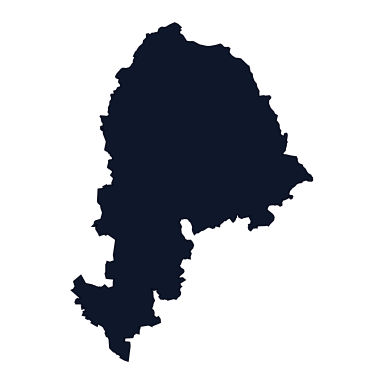 outline of Sucre, Sucre, Colombia
{"feature_id": "7082276B5425640174100", "entity_name": "Sucre", "entity_type": "district", "adm_level": 2, "iso_a3": "COL", "parent_name": "Colombia", "parent_adm1": "Sucre", "projection": "mercator", "projection_center": [-74.732, 8.783], "detail": "fine", "context": "isolated", "style": "filled", "palette": "ink", "viewbox_px": 384, "rotation_deg": 0, "n_neighbors": 0, "source": "geoboundaries", "source_scale": "gbopen_adm2", "svg_char_len": 5981}
<svg xmlns="http://www.w3.org/2000/svg" viewBox="0 0 384 384"><path d="M296.3,157.0L290.4,156.1L285.9,155.0L284.1,155.0L282.7,154.2L282.7,152.9L285.2,150.2L285.1,149.0L286.1,145.7L286.2,143.5L287.0,141.9L286.2,140.8L287.0,135.8L287.0,134.2L286.3,133.4L284.8,133.8L284.3,135.7L283.6,136.3L281.9,135.8L280.4,134.5L280.2,133.0L280.6,130.9L279.1,128.6L278.9,124.7L277.7,122.6L275.9,120.5L277.1,115.6L274.4,114.1L273.6,112.1L270.1,108.2L268.3,103.7L268.4,100.2L270.1,98.4L270.6,97.3L269.3,95.9L265.6,96.4L263.7,95.9L258.8,96.6L258.6,93.3L258.8,91.1L256.6,87.2L256.0,83.8L253.9,81.3L252.3,77.0L252.1,74.2L249.8,71.8L248.9,66.5L246.8,65.0L240.6,59.0L235.2,58.3L231.4,55.8L229.1,52.9L229.0,51.1L229.7,48.6L229.0,48.0L228.3,47.6L225.5,47.8L223.6,47.3L221.8,45.2L220.3,44.3L216.0,45.6L210.0,46.7L206.8,46.7L199.5,45.1L193.2,41.8L188.9,41.9L186.5,41.5L182.7,35.5L179.3,33.5L179.6,30.9L180.8,30.1L179.8,29.4L179.8,28.2L180.9,27.4L177.9,24.5L174.7,23.0L170.1,25.0L165.9,27.5L164.1,27.7L161.8,27.4L160.4,28.0L158.9,29.3L158.7,30.7L157.4,33.2L155.8,32.7L154.0,33.4L152.1,33.4L151.4,33.8L150.6,35.3L148.2,33.9L146.6,34.3L146.8,37.8L143.8,40.6L143.2,43.8L139.6,46.8L137.5,49.8L137.1,51.0L135.8,51.9L133.7,56.2L135.7,57.0L134.9,57.5L133.7,60.2L133.5,61.6L134.0,62.4L133.8,62.8L132.7,63.7L131.0,66.4L129.2,68.0L125.9,68.8L122.9,68.4L121.4,69.2L117.4,73.7L115.8,76.4L116.1,77.4L117.1,78.1L119.4,78.4L118.8,82.1L120.7,84.5L120.9,86.1L120.6,86.9L117.8,87.8L116.3,90.6L114.0,91.2L114.4,93.2L114.2,94.5L111.5,94.4L110.9,95.0L111.7,97.4L111.7,99.7L111.5,100.4L110.9,100.5L110.1,101.7L110.0,104.8L108.6,107.6L108.9,109.4L108.3,111.9L108.6,112.8L109.5,113.9L109.4,114.7L108.2,116.1L107.1,116.6L100.6,116.0L100.4,116.6L101.8,118.4L101.6,119.6L102.2,121.8L103.5,123.1L103.2,124.1L103.6,125.2L103.0,126.4L102.1,126.2L100.7,126.9L101.0,128.2L100.7,128.9L101.1,129.3L102.7,128.8L102.0,130.2L104.1,131.1L103.5,131.8L103.6,133.9L106.6,141.6L104.9,149.8L106.2,150.7L108.1,151.4L108.8,153.0L110.2,153.3L110.4,155.1L112.4,157.0L112.7,158.7L112.5,159.4L111.7,160.0L109.6,160.1L108.7,160.8L109.0,162.1L107.7,167.2L108.0,167.6L108.7,167.5L109.1,168.6L110.0,168.8L112.7,170.9L112.6,172.7L110.8,175.1L113.4,177.6L113.7,178.6L112.0,183.1L112.9,185.0L106.1,185.8L106.2,185.2L103.2,186.7L103.9,187.9L102.1,188.8L98.3,189.2L97.7,201.3L98.2,202.7L100.2,204.5L100.8,204.6L101.1,207.6L102.8,212.8L101.0,219.4L95.5,221.1L94.6,222.1L94.4,224.4L92.5,226.2L94.0,226.3L96.8,225.2L96.0,226.9L96.0,229.1L98.7,233.5L99.5,235.5L104.9,233.7L105.2,234.7L105.8,235.0L107.5,233.7L115.9,239.5L113.6,255.0L114.5,260.9L109.9,262.4L107.1,261.6L106.6,264.2L106.0,264.4L106.0,272.2L105.3,273.6L106.4,278.2L114.0,278.9L113.5,282.3L113.5,286.4L113.0,286.9L108.1,288.5L104.7,285.1L102.4,287.1L100.1,287.5L99.8,287.2L99.3,287.9L98.3,287.6L97.8,287.0L97.0,287.2L94.2,285.8L92.5,285.7L92.3,285.1L86.4,283.9L85.3,283.5L80.9,275.5L73.8,281.5L75.4,286.4L73.6,289.3L71.6,290.2L80.4,298.0L79.2,299.5L77.7,298.7L76.2,299.5L75.2,302.2L76.0,303.7L80.7,303.6L82.5,305.0L82.2,306.6L81.7,306.4L82.1,309.0L84.5,307.9L85.3,309.5L85.4,311.2L83.4,311.6L83.5,313.1L82.6,315.2L86.6,316.0L85.9,318.2L88.0,319.3L88.8,318.4L92.4,321.7L91.3,322.8L97.1,326.1L97.6,324.0L98.6,323.9L103.1,326.5L106.6,332.7L105.3,333.0L106.5,336.3L108.4,337.2L109.3,339.4L109.9,348.0L113.5,351.6L115.6,352.4L117.1,354.3L118.0,353.9L121.1,356.4L120.3,357.5L124.4,359.8L128.0,361.0L129.9,346.0L129.5,342.4L124.0,341.9L124.9,337.8L132.7,337.4L133.8,334.0L134.7,334.1L135.0,333.0L136.8,333.0L138.9,333.7L139.1,329.7L139.9,327.8L139.0,327.4L139.8,326.2L148.6,324.8L151.8,326.2L151.8,325.8L160.2,322.4L160.0,319.3L158.4,316.8L156.7,318.2L153.6,315.6L153.9,312.8L153.6,311.3L153.1,310.4L152.1,309.7L151.4,308.1L152.3,306.5L153.1,302.9L154.3,300.5L152.9,297.3L152.5,291.5L151.4,289.7L152.0,288.6L154.0,290.2L157.0,289.3L157.7,291.4L157.1,291.8L158.6,293.7L160.5,294.7L159.1,296.8L160.8,298.9L163.4,299.1L163.5,298.5L165.9,299.1L168.6,299.2L168.3,299.8L174.3,298.3L175.3,299.0L176.5,298.9L177.0,297.4L179.0,296.1L180.2,294.5L180.4,292.5L179.3,290.5L179.8,288.0L181.4,286.5L180.4,285.8L179.5,283.3L185.0,279.9L182.5,277.9L179.5,278.3L178.5,277.6L179.3,275.8L183.3,272.4L183.8,271.2L183.3,269.8L180.8,268.3L179.4,266.2L179.2,265.1L180.3,264.1L181.6,260.1L183.4,258.2L184.5,258.2L185.0,258.8L188.8,257.6L188.7,258.5L190.2,258.7L189.9,256.6L191.0,253.5L189.8,251.8L190.8,249.8L192.6,247.8L193.4,245.1L192.1,242.4L190.6,240.5L187.0,240.6L185.0,239.6L183.9,237.1L181.1,233.6L180.5,229.1L181.3,226.6L178.8,221.8L180.0,221.0L180.9,218.8L182.3,218.8L184.3,218.3L186.9,218.5L187.8,218.7L189.7,220.3L189.3,220.7L190.9,222.0L192.4,225.3L192.9,227.1L192.6,229.2L192.8,231.0L194.4,234.4L196.2,232.7L198.3,232.5L200.9,230.5L203.1,230.0L207.8,227.0L209.7,227.0L212.5,228.1L214.1,227.8L214.6,227.1L214.8,225.8L215.3,225.6L219.4,226.6L219.6,225.9L219.0,224.9L220.8,223.6L221.4,222.7L222.3,222.5L223.8,220.5L225.7,220.4L226.9,219.2L229.7,217.6L232.8,221.8L233.4,221.9L235.1,219.6L235.3,218.2L236.2,217.4L236.2,215.2L237.2,214.5L239.3,215.6L238.8,216.8L241.6,218.3L243.0,217.6L249.5,216.1L249.4,216.9L251.8,221.8L251.1,222.1L250.9,224.1L248.7,224.7L249.1,226.2L248.5,227.1L249.0,229.4L250.7,230.6L253.1,227.7L254.7,227.9L256.1,227.3L256.9,227.8L257.3,225.6L265.9,225.3L267.3,224.9L268.4,225.7L269.7,223.8L273.1,220.4L273.6,219.3L273.9,217.5L273.5,216.0L272.2,214.3L267.1,210.2L267.0,208.1L268.2,205.9L269.5,204.8L273.3,204.5L275.2,204.9L275.7,204.3L278.8,204.8L280.0,205.9L280.7,205.8L281.8,205.0L281.4,202.1L282.6,200.6L282.9,199.5L284.5,199.6L287.5,198.2L288.9,197.1L290.9,198.8L292.1,198.0L292.6,196.5L292.1,195.8L289.3,195.5L288.8,195.1L288.6,193.7L289.6,190.1L290.3,189.8L291.9,187.8L294.7,185.8L296.5,183.7L298.8,182.7L301.7,182.3L302.0,181.2L305.4,179.9L306.6,180.0L308.3,180.8L311.6,181.0L312.4,180.3L312.3,177.8L311.1,176.4L310.8,175.4L308.0,173.8L306.8,172.4L305.0,169.0L302.7,167.0L302.1,165.1L298.4,163.7L297.0,160.9L297.1,158.8L296.3,157.8L296.3,157.0Z" fill="#0f172a" stroke="#020617" stroke-width="1.5"/></svg>